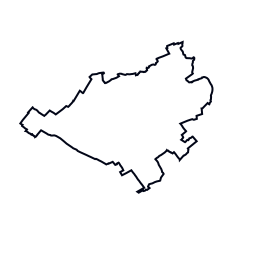 Rosiesti, Vaslui, Romania (Robinson projection), rotated 153°
{"feature_id": "2599482B21360728377334", "entity_name": "Rosiesti", "entity_type": "district", "adm_level": 2, "iso_a3": "ROU", "parent_name": "Romania", "parent_adm1": "Vaslui", "projection": "robinson", "projection_center": [27.895, 46.447], "detail": "fine", "context": "isolated", "style": "outline", "palette": "ink", "viewbox_px": 256, "rotation_deg": 153, "n_neighbors": 0, "source": "geoboundaries", "source_scale": "gbopen_adm2", "svg_char_len": 5629}
<svg xmlns="http://www.w3.org/2000/svg" viewBox="0 0 256 256"><g transform="rotate(153 128 128)"><path d="M210.0,187.2L209.7,186.5L218.1,182.9L221.9,180.9L221.6,180.3L220.6,178.8L221.0,178.7L221.5,178.0L220.5,176.0L219.8,174.3L218.7,172.6L220.6,171.7L220.2,171.4L219.9,171.1L219.6,170.8L219.5,170.1L219.0,169.5L218.9,169.2L218.9,168.8L218.7,168.6L218.4,168.1L217.6,167.3L217.5,166.6L217.1,166.5L217.0,166.1L216.9,166.0L216.6,166.2L216.2,166.1L216.2,165.9L216.5,165.8L216.5,165.6L216.3,165.4L216.4,165.2L216.2,165.1L216.0,164.9L216.0,164.7L215.7,164.5L215.6,164.3L215.6,164.1L215.5,163.9L214.8,162.9L215.1,162.8L215.0,162.6L214.7,162.3L214.8,162.1L214.1,162.1L213.6,162.3L212.2,162.9L212.2,163.0L211.9,163.2L210.6,163.7L207.8,164.9L206.5,165.4L202.8,159.7L202.4,158.8L201.4,157.7L200.5,157.1L200.0,156.2L198.8,155.6L197.2,155.0L196.8,154.7L195.6,153.5L193.0,149.5L191.3,145.6L189.8,141.9L186.5,135.9L186.0,134.8L183.6,131.9L183.4,130.9L183.1,130.2L181.6,128.2L177.2,122.7L175.6,120.6L174.3,119.0L171.4,115.2L170.6,115.1L169.4,113.7L168.8,112.7L167.0,110.3L164.6,106.6L163.9,105.4L161.4,105.3L161.4,105.0L157.0,104.8L156.1,100.9L154.5,100.7L154.4,101.2L154.3,101.3L153.5,101.4L152.1,101.4L152.0,101.2L151.8,99.1L151.8,98.0L151.6,97.4L151.3,95.1L151.4,92.4L155.0,92.3L154.8,88.6L150.2,88.6L144.2,88.8L144.1,88.1L143.9,86.7L143.2,83.5L143.2,82.8L143.1,82.4L142.8,80.8L142.8,80.4L142.5,77.5L142.1,76.0L141.9,74.4L141.7,73.4L141.7,73.0L141.5,72.1L141.4,71.9L141.1,70.2L140.8,68.2L140.7,67.4L148.6,67.0L147.8,65.5L144.6,65.7L142.7,65.6L142.8,64.8L141.6,64.5L141.1,64.5L140.0,64.9L139.2,64.2L137.8,64.4L136.6,64.6L136.0,64.7L136.0,64.8L136.7,66.2L136.8,66.6L136.7,66.8L135.2,67.9L134.7,68.3L133.5,68.1L131.4,67.6L129.8,67.6L128.7,67.6L126.5,67.3L124.7,66.8L124.0,66.6L123.2,66.5L121.9,68.0L121.0,68.9L117.1,70.9L117.1,72.1L117.6,73.3L117.3,74.1L117.0,76.3L117.3,81.5L117.1,82.1L116.9,83.9L117.2,85.8L117.8,87.8L117.7,87.9L115.6,88.3L114.5,88.3L112.8,88.9L110.9,88.9L106.4,89.5L104.4,90.1L103.7,90.5L103.7,90.3L103.5,89.9L102.7,89.9L102.2,89.0L102.1,88.3L101.4,87.4L101.0,86.7L100.8,86.8L99.8,85.1L98.0,85.6L97.8,84.9L97.5,83.3L97.3,82.6L97.3,82.0L96.8,79.0L96.4,77.5L96.2,76.5L96.4,76.0L90.9,78.2L90.6,78.0L90.3,78.0L88.4,78.2L86.9,78.8L85.6,79.0L85.4,79.2L85.3,79.5L84.6,80.5L84.4,80.9L83.9,81.4L83.9,81.7L84.0,82.2L84.0,82.6L72.8,85.0L74.3,91.0L74.6,91.1L76.0,90.7L76.7,90.7L77.7,90.9L78.2,90.9L78.5,90.5L79.7,89.8L80.4,90.5L80.6,90.5L82.6,89.7L83.6,89.5L84.2,90.4L85.9,93.3L85.4,93.4L84.5,93.9L83.5,94.2L83.1,94.5L83.0,94.9L83.1,95.6L83.0,96.2L83.2,97.4L78.3,98.5L78.0,98.7L77.7,98.8L78.3,101.1L78.7,103.1L78.8,103.9L78.8,104.6L78.9,105.4L79.1,107.1L79.4,108.1L71.8,107.5L67.7,106.9L66.6,106.6L65.9,105.7L65.5,105.4L62.5,104.9L61.4,107.7L55.6,106.8L53.7,111.5L53.6,112.0L52.7,111.7L52.4,111.8L45.7,114.1L45.0,112.4L44.8,112.2L43.5,113.4L42.2,113.9L42.0,114.1L41.9,115.4L41.5,115.7L41.2,115.8L40.7,116.5L40.5,117.0L39.8,118.0L39.6,118.8L39.5,119.1L38.7,120.0L38.0,120.5L36.4,122.2L35.5,123.5L34.7,125.0L34.7,124.9L34.3,126.6L34.1,128.2L34.3,129.3L34.4,132.8L34.3,134.5L34.4,135.1L34.9,136.6L35.2,137.0L35.9,137.9L36.5,138.5L37.2,139.0L38.5,139.2L39.0,139.4L39.6,138.9L43.3,139.5L43.5,139.2L47.3,140.0L49.7,140.1L49.9,139.7L50.5,139.7L50.9,140.3L51.6,140.4L52.8,140.9L53.7,143.2L54.2,143.9L54.0,145.7L46.0,146.9L45.5,147.1L45.6,148.1L45.5,148.6L42.8,151.8L42.2,153.4L42.1,153.6L42.3,154.4L42.3,154.7L41.9,155.4L41.4,156.1L41.0,156.4L40.5,156.9L39.9,158.0L39.5,158.4L38.1,158.8L37.3,159.9L37.1,160.4L37.2,160.9L37.4,161.2L37.7,161.2L38.7,160.8L39.8,161.0L41.4,162.2L44.0,163.6L44.3,163.9L44.6,164.9L44.3,165.8L44.3,166.6L44.1,167.0L44.2,167.3L45.2,168.2L45.2,168.6L44.8,170.1L44.5,171.4L44.8,172.3L45.1,174.2L45.0,174.9L44.8,175.5L44.6,175.7L43.0,176.0L42.7,176.1L42.3,176.3L42.1,176.7L41.8,177.7L41.1,178.5L40.3,179.8L45.0,180.1L44.9,181.0L49.1,181.4L48.8,182.7L55.9,183.3L56.3,182.6L56.6,181.4L57.7,181.6L57.5,175.5L64.4,176.0L68.4,176.5L71.1,176.7L71.4,176.1L71.0,175.1L71.1,174.8L71.2,174.6L71.2,174.2L71.3,173.8L72.7,173.3L73.6,173.2L73.8,172.7L74.6,172.1L74.8,172.0L75.5,172.1L76.4,173.0L77.7,173.4L78.1,173.5L80.3,173.4L80.9,173.1L81.0,173.2L81.0,173.4L81.5,173.4L81.8,172.7L82.0,172.4L83.4,172.4L84.0,173.1L84.4,172.6L84.7,170.8L84.9,170.7L86.0,170.6L86.3,170.3L87.0,170.4L87.3,170.2L87.7,170.3L87.9,170.6L88.7,171.0L88.9,170.9L89.8,171.7L91.4,172.5L91.5,172.7L92.0,172.4L92.4,172.3L92.9,172.3L93.3,171.8L94.0,171.8L94.3,171.7L94.6,171.4L94.8,171.4L95.0,171.1L95.7,171.0L96.1,171.1L96.7,171.5L97.0,171.5L96.5,173.4L99.2,174.0L101.3,174.8L101.7,174.9L102.4,175.2L104.5,176.5L104.9,176.5L105.6,176.4L106.4,176.6L108.9,178.8L109.0,179.1L109.7,179.6L110.8,180.2L112.8,180.5L112.9,180.4L112.5,178.2L115.5,178.0L119.3,178.5L120.6,178.9L121.5,178.5L124.4,178.1L124.8,178.2L126.1,178.1L126.6,178.2L126.9,178.1L127.6,178.5L128.1,178.4L128.2,178.5L128.2,179.6L128.4,179.8L128.4,180.2L128.6,180.7L128.6,181.3L128.7,181.6L128.6,182.1L128.7,182.3L128.1,183.4L128.0,183.8L126.8,186.9L126.7,187.5L126.4,187.6L125.0,187.6L124.5,187.8L124.5,188.4L124.6,188.5L125.6,188.9L128.8,190.0L130.4,190.2L131.2,190.2L135.5,191.9L139.1,190.9L139.1,190.5L138.4,188.1L146.5,183.1L152.0,179.5L152.3,179.5L152.7,180.2L153.7,182.6L154.0,183.1L164.2,176.7L164.5,177.1L165.3,176.4L167.1,175.6L168.9,175.0L170.0,174.5L171.7,174.0L173.1,175.6L177.6,174.4L186.2,172.9L187.4,175.3L188.7,177.2L189.8,179.1L195.6,177.1L196.1,177.1L197.1,176.8L198.9,179.8L199.6,181.2L199.9,181.4L200.2,182.0L200.4,182.5L201.0,184.9L201.4,185.7L201.9,186.4L202.5,186.9L203.5,188.6L203.5,188.9L203.5,189.4L203.6,189.7L210.0,187.2Z" fill="none" stroke="#020617" stroke-width="2"/></g></svg>